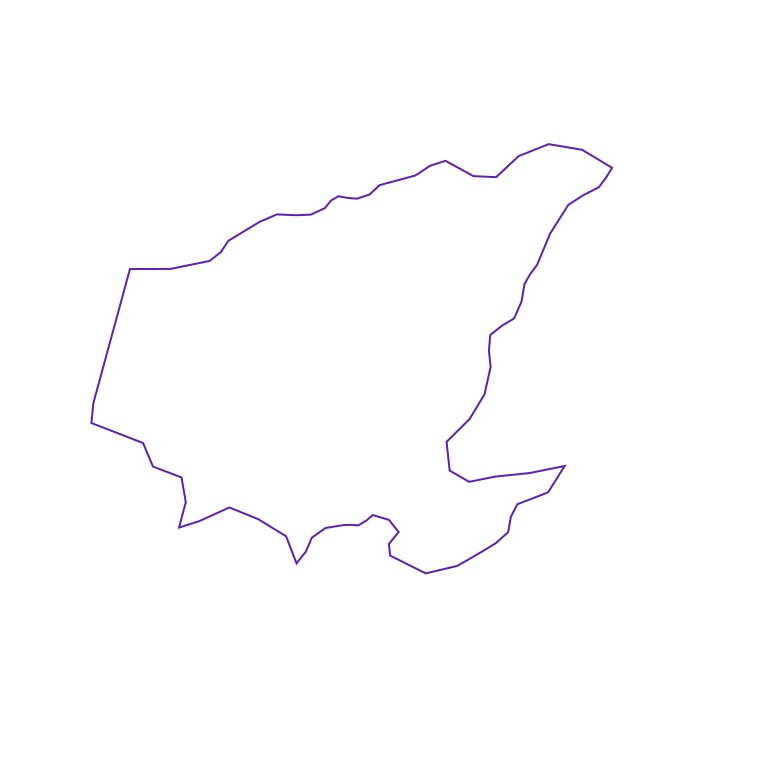 outline of Amuria, rotated 250°
{"feature_id": "UGA-3124", "entity_name": "Amuria", "entity_type": "District", "adm_level": 1, "iso_a3": "UGA", "parent_name": "Uganda", "parent_adm1": "", "projection": "robinson", "projection_center": [33.651, 2.061], "detail": "fine", "context": "isolated", "style": "outline", "palette": "violet", "viewbox_px": 768, "rotation_deg": 250, "n_neighbors": 0, "source": "natural_earth", "source_scale": "10m", "svg_char_len": 1125}
<svg xmlns="http://www.w3.org/2000/svg" viewBox="0 0 768 768"><g transform="rotate(250 384 384)"><path d="M245.2,525.7L226.1,501.2L225.4,468.2L215.8,457.8L202.3,450.0L196.2,434.6L192.8,417.8L188.0,390.7L191.8,358.4L220.6,331.1L231.9,333.8L239.9,347.1L254.6,342.2L264.7,328.6L261.8,321.0L259.9,311.5L262.9,304.9L265.2,297.9L268.7,279.8L264.3,263.7L253.2,253.2L245.4,240.5L274.4,239.9L300.0,219.6L320.9,196.4L318.3,163.7L319.2,142.3L340.7,157.3L365.4,161.8L385.4,138.7L410.9,137.4L447.4,95.7L465.5,104.4L578.9,184.6L565.2,222.6L559.3,262.2L563.7,275.8L571.8,286.7L578.9,322.4L580.0,341.4L572.7,359.0L568.2,373.1L569.5,388.5L574.5,396.9L576.0,405.5L571.3,413.5L567.4,421.9L567.0,435.4L572.4,447.9L569.2,484.8L573.3,501.9L572.7,518.1L548.8,539.1L540.0,560.1L552.1,588.5L553.1,620.7L536.3,650.3L509.1,672.3L501.5,662.6L495.4,653.1L493.2,635.4L489.3,618.5L468.4,591.4L443.5,568.5L437.1,558.8L430.0,550.3L414.4,541.4L401.2,528.8L398.4,514.7L393.7,500.6L379.2,493.9L363.7,490.1L339.8,474.8L321.8,452.4L308.2,423.0L280.2,416.1L263.0,430.5L258.9,457.1L250.5,490.5L245.2,525.7Z" fill="none" stroke="#5b21b6" stroke-width="2"/></g></svg>